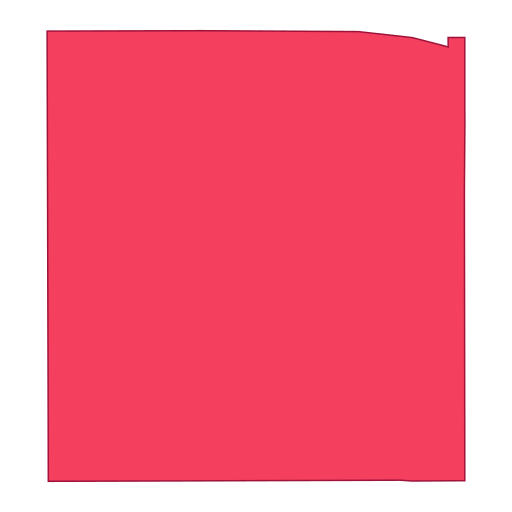 outline of Neshoba, Mississippi, United States of America
{"feature_id": "52423323B8433965475447", "entity_name": "Neshoba", "entity_type": "district", "adm_level": 2, "iso_a3": "USA", "parent_name": "United States of America", "parent_adm1": "Mississippi", "projection": "natural_earth1", "projection_center": [-89.019, 32.754], "detail": "fine", "context": "isolated", "style": "filled", "palette": "rose", "viewbox_px": 512, "rotation_deg": 0, "n_neighbors": 0, "source": "geoboundaries", "source_scale": "gbopen_adm2", "svg_char_len": 325}
<svg xmlns="http://www.w3.org/2000/svg" viewBox="0 0 512 512"><path d="M464.8,480.7L464.4,190.5L464.9,121.7L464.8,111.8L464.8,37.5L458.3,37.5L448.1,37.5L448.2,46.9L412.3,37.6L358.2,31.6L202.6,30.7L47.1,31.1L48.1,389.1L48.3,481.3L400.4,480.2L411.6,481.0L464.8,480.7Z" fill="#f43f5e" stroke="#9f1239" stroke-width="1.5"/></svg>